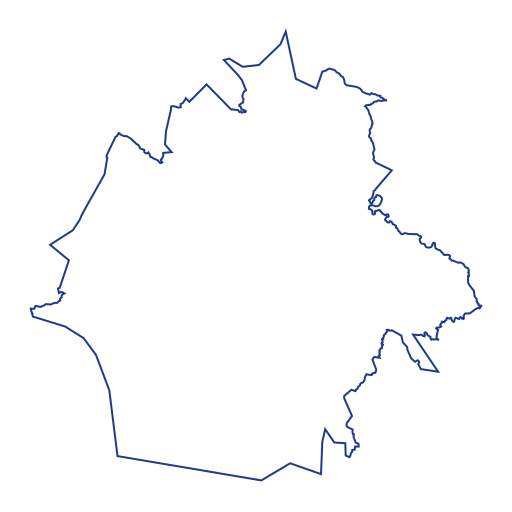 Nonoava, Chihuahua, Mexico
{"feature_id": "50627088B56778654963511", "entity_name": "Nonoava", "entity_type": "district", "adm_level": 2, "iso_a3": "MEX", "parent_name": "Mexico", "parent_adm1": "Chihuahua", "projection": "mercator", "projection_center": [-106.555, 27.45], "detail": "fine", "context": "isolated", "style": "outline", "palette": "blue", "viewbox_px": 512, "rotation_deg": 0, "n_neighbors": 0, "source": "geoboundaries", "source_scale": "gbopen_adm2", "svg_char_len": 6025}
<svg xmlns="http://www.w3.org/2000/svg" viewBox="0 0 512 512"><path d="M290.1,463.3L321.0,474.1L322.3,441.9L325.2,429.2L334.3,442.5L345.3,443.2L345.7,455.5L349.4,457.2L350.3,455.8L350.9,453.3L352.0,452.1L352.3,449.9L354.6,449.7L355.2,446.5L358.7,446.6L358.5,443.7L355.7,442.6L353.5,436.8L353.9,434.4L353.0,434.2L352.5,432.5L352.6,429.5L347.4,427.0L346.5,425.3L346.8,423.0L352.0,416.0L344.2,398.2L344.2,395.9L351.4,389.8L355.5,391.1L355.9,389.7L357.3,388.9L358.5,386.5L360.0,385.3L360.3,383.9L361.3,383.0L362.7,382.6L363.8,381.3L364.6,379.8L365.0,377.1L366.3,374.3L371.5,375.1L371.9,374.8L372.2,373.6L372.8,373.6L373.2,373.1L375.3,372.8L376.1,370.5L376.2,369.3L372.4,359.7L374.3,356.9L379.7,357.8L378.7,355.9L380.0,354.8L379.3,353.1L379.8,351.8L379.3,350.5L381.0,348.3L381.9,348.1L382.0,346.3L383.0,344.7L382.6,344.3L381.7,344.2L381.5,343.8L381.8,342.7L382.6,342.2L382.1,339.8L383.1,339.3L382.5,338.5L383.8,336.9L383.7,335.8L384.2,334.8L385.6,333.8L386.0,332.6L387.3,331.3L386.8,329.9L388.3,329.8L389.8,330.6L391.0,330.7L391.9,330.3L401.3,335.6L402.9,342.4L407.3,347.1L407.3,349.6L411.2,358.4L415.0,361.8L417.6,360.3L418.7,361.0L419.2,362.4L418.2,363.8L420.8,369.1L438.1,371.7L413.1,334.6L418.6,335.1L421.3,334.7L423.2,336.1L424.4,336.3L424.9,335.7L424.3,333.4L424.6,332.6L425.2,332.3L426.8,333.3L427.0,334.2L427.8,335.3L430.5,337.0L430.5,338.1L431.1,339.6L432.3,339.2L434.5,339.6L436.2,338.9L438.1,339.8L438.2,339.5L437.1,339.0L436.5,336.8L438.0,329.8L436.1,328.3L436.6,327.7L439.3,327.4L441.1,326.5L440.2,325.1L440.6,324.1L441.6,323.1L441.8,321.7L444.4,322.1L444.9,320.8L446.5,319.8L446.7,318.1L447.0,317.8L449.5,318.6L450.4,317.9L451.2,317.9L451.4,319.4L452.3,321.1L453.6,321.9L454.2,321.6L454.7,319.0L455.6,317.8L459.1,319.0L459.5,317.9L460.4,317.0L462.0,318.6L463.5,319.0L463.8,318.6L463.1,317.6L463.9,316.7L463.7,315.5L465.2,313.5L469.8,313.4L476.0,308.8L478.8,307.6L479.5,308.4L479.8,308.3L480.3,307.1L481.3,306.0L481.0,305.6L479.9,305.6L478.3,304.8L478.4,303.7L477.5,303.2L477.3,301.9L476.6,301.4L476.7,299.1L474.7,296.5L473.8,290.8L469.5,285.3L468.2,282.7L468.0,279.1L468.3,277.7L468.0,276.1L468.2,275.8L468.8,276.0L469.0,275.8L468.7,272.9L468.3,272.4L468.8,272.2L468.8,270.0L467.8,268.0L466.9,267.9L465.0,266.7L463.5,264.1L460.5,262.4L459.3,262.7L457.5,262.5L452.8,260.5L451.8,260.7L450.7,259.4L449.4,258.6L450.0,256.1L449.6,255.3L446.7,254.7L444.3,255.1L439.8,250.1L437.9,249.6L435.7,248.4L435.1,246.5L434.8,245.0L435.1,244.4L434.7,243.0L433.8,242.8L432.7,243.3L432.4,244.9L431.4,246.9L430.9,247.2L428.3,247.7L426.0,247.0L424.5,244.0L421.7,243.6L420.3,242.1L419.7,240.5L419.8,238.7L421.0,237.6L421.2,236.8L420.5,236.1L418.9,235.7L417.9,234.6L416.5,234.1L414.5,234.3L413.7,233.9L412.3,234.2L407.9,233.9L405.4,233.1L403.8,233.5L403.0,234.1L401.5,234.1L400.2,232.8L399.5,231.5L398.7,231.3L397.2,228.2L396.1,227.8L395.8,227.0L396.1,226.5L396.0,225.9L393.7,224.3L392.8,224.2L391.5,221.6L389.9,221.2L389.3,221.7L389.2,222.4L387.9,222.5L386.8,221.7L386.2,220.8L385.3,220.3L385.1,219.3L386.1,217.8L387.0,217.0L388.4,216.8L388.7,216.4L388.6,215.3L388.0,214.4L386.4,214.5L386.1,215.2L385.3,215.3L382.4,213.4L381.3,211.7L380.3,211.3L379.9,210.3L378.8,209.9L376.8,210.9L375.5,210.9L374.7,211.7L375.1,213.0L374.8,214.0L373.7,214.5L372.5,213.9L372.0,210.5L370.5,209.2L369.3,209.2L368.9,208.7L369.0,207.1L369.6,206.0L370.0,205.7L372.6,205.2L375.3,206.3L377.4,206.1L379.2,205.4L380.8,202.9L382.0,199.5L381.7,197.6L380.1,196.0L377.2,195.0L376.5,195.3L375.8,197.1L375.0,197.4L374.2,198.5L374.3,200.0L373.1,200.9L372.7,202.3L371.8,203.4L370.6,203.4L369.8,201.3L369.1,200.8L369.0,200.1L371.5,198.4L372.2,197.3L373.3,194.2L373.6,191.2L375.5,189.7L375.8,188.9L391.8,170.3L375.7,162.6L375.2,161.5L373.6,159.9L373.4,159.0L374.1,157.7L373.0,153.0L373.6,151.1L374.3,150.0L374.4,148.9L373.1,143.4L371.7,140.8L371.1,140.3L371.2,138.8L370.6,138.0L369.4,137.3L369.0,136.1L369.3,134.8L370.2,133.2L370.2,132.6L369.7,131.7L369.7,129.6L371.3,127.8L371.7,125.5L372.4,124.5L372.1,123.5L372.6,122.8L371.2,119.0L370.6,116.2L369.3,113.7L368.3,110.2L365.9,106.9L365.1,106.4L366.3,105.2L370.4,104.8L371.0,104.1L372.8,103.4L373.7,102.2L374.8,101.6L376.5,101.5L378.2,100.4L381.7,101.0L383.3,100.4L387.0,100.5L384.7,99.7L383.2,98.7L382.6,97.9L380.5,97.3L380.1,96.4L380.2,95.8L377.0,95.4L375.6,94.3L373.3,94.1L371.7,93.1L369.8,94.7L367.6,93.8L366.1,93.6L362.6,91.8L360.2,88.7L356.7,86.9L346.5,85.2L344.8,83.5L344.0,79.2L343.0,77.2L340.8,75.9L340.1,74.5L338.3,73.0L337.1,72.6L334.6,70.1L329.9,68.7L329.1,68.7L327.1,69.6L326.7,70.3L322.3,71.7L316.5,88.5L295.9,78.9L285.7,31.6L280.5,44.2L258.9,65.0L242.7,66.8L229.2,58.6L223.9,60.0L237.9,74.9L241.9,80.1L246.0,90.3L244.3,91.3L243.5,92.6L242.3,95.9L242.8,98.1L243.5,99.0L243.0,102.4L239.4,104.8L239.3,106.1L240.5,106.6L241.1,107.5L241.5,109.4L245.7,110.8L245.8,111.7L245.3,112.2L243.2,112.1L241.6,112.6L240.5,111.5L239.4,112.0L238.0,110.1L230.9,109.3L206.6,84.4L189.3,101.8L185.8,98.2L185.5,99.2L182.8,103.0L180.5,104.2L180.8,107.2L178.5,107.6L173.9,106.2L171.3,106.3L170.8,110.3L166.0,131.3L165.0,144.5L171.6,152.1L163.2,152.9L163.3,155.6L162.0,158.6L160.9,159.5L161.1,161.0L162.1,161.8L162.4,162.4L160.6,163.1L160.0,163.0L157.6,160.2L152.7,158.1L151.7,157.1L150.6,157.0L150.2,156.5L149.6,154.1L149.1,153.8L148.4,152.4L146.8,153.4L145.5,153.2L144.3,152.1L144.2,149.9L140.2,148.4L138.8,145.6L137.8,144.5L136.8,144.3L131.2,138.9L126.9,136.2L123.6,136.0L120.3,134.4L119.5,133.2L118.7,133.1L117.0,136.0L115.5,136.8L106.6,155.5L106.5,156.9L107.3,157.8L104.5,174.3L85.5,208.1L81.4,215.7L79.9,219.5L72.9,230.2L50.1,244.8L68.9,260.3L59.7,287.9L58.0,288.4L58.9,293.1L60.7,292.1L62.5,292.3L64.4,293.5L62.5,294.5L61.7,295.6L61.5,297.6L60.6,298.0L60.0,299.0L60.3,300.5L58.7,301.2L57.2,302.9L54.3,302.9L50.7,304.5L46.4,304.1L45.4,304.4L44.1,305.5L43.0,305.7L40.5,307.0L35.8,305.9L34.9,306.7L34.6,308.4L34.1,308.9L30.7,308.6L31.3,311.1L32.0,312.7L31.9,313.4L32.6,313.8L32.4,314.9L33.0,316.6L65.1,326.5L83.6,338.1L96.0,354.9L109.3,390.2L117.5,456.1L261.3,480.4L290.1,463.3Z" fill="none" stroke="#1e3a8a" stroke-width="2"/></svg>